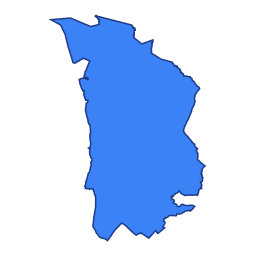 "Nordre Land" nor, Oppland, Norway (Albers equal-area conic projection)
{"feature_id": "86288312B61487149869578", "entity_name": "\"Nordre Land\" nor", "entity_type": "district", "adm_level": 2, "iso_a3": "NOR", "parent_name": "Norway", "parent_adm1": "Oppland", "projection": "albers", "projection_center": [10.023, 60.946], "detail": "fine", "context": "isolated", "style": "filled", "palette": "blue", "viewbox_px": 256, "rotation_deg": 0, "n_neighbors": 0, "source": "geoboundaries", "source_scale": "gbopen_adm2", "svg_char_len": 5722}
<svg xmlns="http://www.w3.org/2000/svg" viewBox="0 0 256 256"><path d="M199.6,88.5L199.2,88.3L199.2,87.6L198.7,87.0L196.7,85.7L196.5,85.1L196.0,84.8L195.6,84.0L194.5,82.6L194.2,81.8L193.8,81.6L193.5,81.1L192.8,80.9L192.0,80.0L192.1,79.5L192.0,78.7L190.9,77.9L190.2,76.9L189.8,77.2L189.5,76.6L188.5,76.7L186.3,76.1L185.7,76.3L185.1,75.9L183.7,76.0L183.3,73.9L181.7,72.7L181.5,72.9L180.7,72.5L181.0,71.6L180.4,71.0L180.4,70.4L179.9,70.4L179.8,70.2L179.7,69.7L179.9,69.7L179.7,69.4L179.9,69.2L179.4,69.0L179.2,68.6L178.0,68.0L177.6,67.6L177.7,67.3L177.3,66.7L177.0,66.9L177.1,66.5L176.6,66.6L176.5,66.0L176.0,65.9L175.7,65.5L175.2,65.9L174.8,65.7L174.2,65.9L173.9,65.4L173.9,65.0L173.7,64.7L173.2,63.8L173.3,63.6L172.5,63.2L172.5,62.8L172.1,62.7L172.0,62.1L161.3,59.3L151.3,53.1L151.2,52.6L151.7,51.7L151.5,50.7L151.2,50.2L151.4,49.6L151.3,49.4L152.0,45.9L151.9,45.3L152.1,44.6L152.0,44.2L152.2,43.8L151.6,42.9L151.7,42.7L152.3,42.7L152.3,42.2L153.0,41.9L152.7,41.0L152.9,40.6L152.9,39.9L141.7,44.0L134.0,37.7L133.5,36.1L133.7,35.8L133.6,35.3L133.7,35.1L133.9,35.2L133.8,35.7L134.0,35.9L134.0,35.0L134.3,34.2L134.3,33.9L133.9,34.4L133.7,34.2L134.1,33.1L134.1,32.5L133.9,31.7L134.1,31.0L134.6,30.5L134.5,30.3L134.6,29.2L134.9,29.3L134.9,30.0L134.7,30.3L135.3,30.3L135.0,28.9L134.5,28.4L134.7,28.2L135.0,28.8L135.0,28.4L134.7,28.0L133.7,28.3L133.2,28.1L132.8,27.5L132.8,27.1L133.0,27.1L133.0,27.6L133.3,27.6L133.2,27.0L132.1,26.0L132.2,25.8L131.5,25.4L131.5,25.0L97.2,16.2L96.0,15.4L95.4,15.9L95.3,16.3L98.0,18.4L98.0,18.7L98.4,18.7L98.2,19.1L98.4,19.4L99.5,20.1L99.7,20.5L98.8,21.1L98.7,21.4L99.0,22.3L98.9,22.6L98.9,23.6L99.1,23.9L99.1,24.5L90.7,26.5L70.4,18.0L50.9,19.7L60.6,25.0L63.0,30.2L65.1,34.1L68.2,46.9L70.6,54.5L73.0,62.6L74.2,63.1L75.6,62.9L77.3,61.8L77.6,61.4L78.8,61.1L79.7,60.2L82.0,59.3L82.7,58.0L89.7,60.9L85.8,70.7L85.0,71.9L85.0,72.7L84.9,73.4L85.0,73.8L84.9,74.2L84.2,75.0L84.3,76.0L84.1,76.4L84.1,76.6L84.0,76.9L84.6,77.4L85.5,77.6L86.6,77.4L87.0,77.7L87.5,77.7L88.1,78.2L88.3,78.9L88.2,79.3L87.6,79.7L87.1,79.1L83.4,78.0L80.9,78.7L80.4,79.2L79.2,79.4L80.0,83.8L81.9,89.2L82.9,90.6L83.2,90.4L84.2,90.5L84.1,91.7L83.5,91.6L84.4,93.8L83.7,94.5L85.7,100.3L87.8,100.2L87.8,101.7L87.3,102.6L86.2,103.3L86.0,106.6L85.6,108.0L85.5,110.1L85.7,110.9L86.0,113.1L86.6,115.0L86.6,115.8L87.4,117.9L87.9,120.0L88.2,122.4L88.8,123.4L89.1,124.5L89.6,124.5L90.2,125.8L90.6,133.8L90.1,133.7L90.0,133.4L89.9,138.3L90.1,138.8L90.2,140.4L90.8,142.8L90.6,143.0L90.7,143.5L90.7,144.4L90.1,147.4L88.5,148.1L89.1,148.7L89.3,148.5L90.1,148.8L89.5,151.9L89.9,155.1L90.8,156.9L90.7,157.2L91.1,158.1L92.0,159.3L92.1,160.1L91.7,161.1L91.0,161.8L90.8,162.6L90.9,163.0L90.8,163.6L91.2,164.2L91.3,164.8L90.5,167.2L90.4,168.2L90.0,169.4L89.9,170.6L89.5,171.8L88.0,174.0L87.9,175.2L86.8,179.1L86.7,179.9L86.3,180.5L85.9,181.8L86.0,182.5L85.7,182.7L85.7,184.2L84.7,186.3L86.0,186.9L85.4,187.6L85.2,188.1L86.4,188.8L88.7,188.4L89.5,189.3L90.3,188.7L91.2,189.0L93.1,188.8L93.3,189.4L93.3,190.1L93.5,191.0L94.2,192.2L94.5,194.4L95.2,195.6L95.7,198.2L95.6,207.5L94.6,213.2L94.4,214.6L93.9,216.8L93.3,223.2L92.9,224.6L93.0,226.1L93.2,227.3L95.2,229.8L95.9,232.1L98.9,236.2L100.4,237.7L105.1,238.8L107.4,240.6L111.3,235.5L112.4,233.6L115.1,229.8L121.7,223.1L124.8,224.8L132.0,231.8L136.1,235.2L139.3,233.3L140.0,233.6L141.1,233.0L148.8,238.1L152.6,234.0L155.5,230.5L156.3,231.0L156.6,231.8L156.6,232.2L156.7,232.4L157.5,232.7L157.6,233.2L157.9,233.5L164.6,227.9L162.8,227.2L164.7,223.8L165.1,222.2L164.1,221.3L163.9,221.3L163.6,220.8L163.8,220.2L163.6,219.7L163.7,219.3L164.3,218.9L165.1,217.8L165.4,218.3L165.7,217.9L168.0,217.0L168.3,216.2L169.3,215.6L173.1,215.5L175.0,215.8L176.3,215.6L176.8,213.8L179.1,214.1L181.4,213.6L182.8,212.6L184.2,212.0L184.8,211.2L185.5,211.0L187.9,210.8L188.7,210.4L189.5,210.4L189.9,211.0L190.4,211.0L191.1,210.5L191.5,210.0L191.4,209.9L191.5,209.7L192.1,209.5L194.7,206.3L192.1,205.2L186.5,205.6L182.1,204.3L181.3,204.6L179.6,206.5L178.7,206.7L178.0,206.6L177.4,206.1L176.5,204.4L176.2,204.2L173.6,203.1L173.2,202.6L173.3,202.4L174.4,201.0L174.1,200.1L173.6,199.6L172.2,199.5L171.8,199.2L171.2,198.1L172.1,197.4L171.5,196.6L171.8,196.1L172.6,196.4L173.1,196.3L174.4,194.5L175.2,194.1L175.6,193.5L177.2,193.0L178.2,192.2L179.3,191.0L179.4,191.4L180.8,192.8L181.2,193.5L184.9,195.5L188.7,195.0L192.6,195.3L194.4,194.8L197.4,195.3L197.6,195.0L197.4,194.5L197.5,194.3L198.1,193.8L198.0,193.3L198.4,192.5L198.3,192.2L198.5,192.0L198.4,191.6L198.9,190.9L198.7,190.5L198.7,190.0L199.2,189.3L201.7,188.4L201.7,188.1L201.3,187.8L201.1,187.0L201.4,186.8L201.3,186.2L201.8,185.6L201.9,185.3L201.5,184.9L201.6,184.1L201.2,183.4L200.9,183.2L200.4,182.0L201.8,181.8L202.2,181.3L202.6,180.2L202.3,179.8L202.4,179.2L202.2,178.7L202.7,178.5L202.9,177.7L202.0,176.7L202.3,176.5L202.3,175.9L201.9,175.6L201.9,175.3L201.7,175.2L201.7,174.2L201.3,174.1L201.7,173.7L201.2,173.3L200.9,172.7L201.0,172.3L201.4,172.2L202.0,171.5L202.0,170.8L202.3,170.4L202.1,169.9L201.8,169.7L202.0,169.2L203.5,167.4L205.1,166.0L200.7,162.5L197.3,159.2L197.5,158.4L197.9,156.7L197.7,155.0L197.9,153.4L197.2,153.1L197.3,152.6L197.1,152.2L197.1,151.9L196.7,151.3L196.7,150.9L196.5,150.6L196.2,150.0L196.2,149.7L197.3,149.1L197.5,148.8L197.3,148.3L195.9,147.5L194.8,146.1L194.6,145.1L194.8,144.7L194.8,144.2L193.1,143.3L190.5,139.9L189.7,139.2L189.1,138.4L189.0,138.0L188.0,136.9L187.5,136.1L186.4,135.5L186.1,134.9L185.1,134.2L184.9,133.8L184.9,133.5L184.9,133.2L183.7,132.0L183.8,131.0L183.5,129.7L183.8,129.4L183.7,129.0L184.1,128.1L187.1,121.1L188.1,119.7L191.6,111.1L192.0,108.8L194.1,105.0L194.5,102.7L195.0,102.0L195.1,101.6L194.5,99.4L194.6,97.8L195.2,94.9L196.9,92.0L199.6,88.8L199.6,88.5Z" fill="#3b82f6" stroke="#1e3a8a" stroke-width="1.5"/></svg>